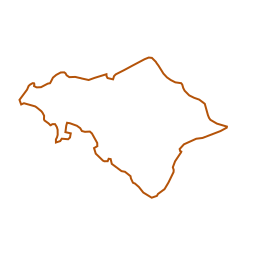 the district of Honolulu, Hawaii, United States of America, rotated 162°
{"feature_id": "52423323B23592629733445", "entity_name": "Honolulu", "entity_type": "district", "adm_level": 2, "iso_a3": "USA", "parent_name": "United States of America", "parent_adm1": "Hawaii", "projection": "mercator", "projection_center": [-157.906, 21.485], "detail": "fine", "context": "isolated", "style": "outline", "palette": "amber", "viewbox_px": 256, "rotation_deg": 162, "n_neighbors": 0, "source": "geoboundaries", "source_scale": "gbopen_adm2", "svg_char_len": 1894}
<svg xmlns="http://www.w3.org/2000/svg" viewBox="0 0 256 256"><g transform="rotate(162 128 128)"><path d="M34.0,97.8L33.5,98.8L36.0,100.5L42.1,104.7L47.1,110.3L47.8,112.6L48.0,115.6L47.5,127.3L51.5,133.0L55.8,136.3L59.7,140.1L62.6,145.9L63.1,148.9L63.0,152.5L63.6,154.2L64.0,154.4L68.9,156.8L72.5,160.4L75.3,164.1L77.5,168.8L78.3,172.1L79.8,178.1L80.7,180.7L81.1,182.4L83.6,187.3L86.5,188.6L91.0,188.3L91.5,188.2L104.2,186.0L110.2,184.9L114.1,184.2L123.1,182.8L125.3,181.6L126.8,179.4L127.2,178.9L132.0,181.8L132.4,183.9L131.9,185.8L144.3,186.0L150.6,185.8L156.7,189.4L157.7,190.1L159.3,191.0L162.4,192.9L168.1,194.5L170.1,197.1L170.5,199.3L171.4,200.6L174.8,201.6L179.8,200.7L183.8,199.1L187.3,195.6L188.3,194.7L190.6,195.0L198.1,193.7L201.8,194.7L202.4,194.9L204.4,196.9L203.5,198.7L203.6,199.6L204.9,200.1L207.8,199.5L209.5,198.7L212.1,195.7L222.5,188.3L222.4,185.1L222.3,183.4L220.5,183.6L219.3,183.7L213.0,179.5L209.7,177.3L208.7,176.1L205.2,170.7L204.6,169.0L204.0,165.6L205.2,162.3L205.1,161.0L202.1,156.9L201.5,155.7L201.3,155.3L201.2,155.1L201.0,154.6L200.8,154.6L200.6,154.5L199.9,154.7L199.3,154.9L198.7,155.0L196.2,154.2L195.4,150.9L195.5,147.8L195.7,147.4L197.0,143.2L198.4,141.1L200.1,139.4L201.0,136.5L196.5,136.5L194.3,138.3L188.4,135.8L186.1,136.9L184.1,140.6L188.8,143.4L186.0,149.3L184.3,151.8L183.6,151.4L181.8,150.5L175.9,145.9L174.1,143.4L173.5,142.6L172.8,139.4L170.2,137.7L165.4,136.4L164.0,134.0L163.0,128.9L161.9,123.3L162.8,120.2L166.5,119.4L166.6,113.6L161.9,104.7L160.8,103.7L157.6,102.7L155.9,104.7L154.1,103.8L154.5,98.9L147.5,89.0L144.4,87.3L140.5,81.4L140.8,79.2L140.2,74.4L138.6,73.1L135.9,68.6L133.4,61.9L127.0,54.4L121.5,54.5L119.9,56.0L112.1,58.6L106.4,63.6L98.3,72.0L97.5,74.0L97.5,76.8L93.5,81.8L85.0,88.5L84.6,89.1L85.5,89.9L85.4,92.0L80.7,94.7L79.8,95.2L66.4,96.7L60.2,95.5L41.0,96.5L34.0,97.8Z" fill="none" stroke="#b45309" stroke-width="2"/></g></svg>